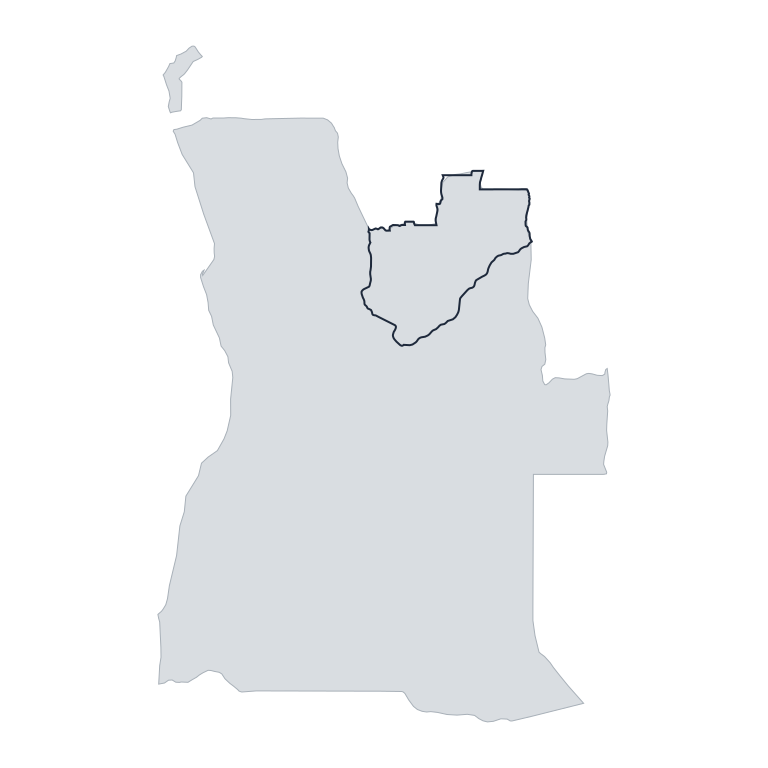 Angola, with Lunda Norte highlighted
{"feature_id": "AGO-1874", "entity_name": "Lunda Norte", "entity_type": "Province", "adm_level": 1, "iso_a3": "AGO", "parent_name": "Angola", "parent_adm1": "", "projection": "equal_earth", "projection_center": [19.689, -8.666], "detail": "fine", "context": "in_parent", "style": "outline", "palette": "slate", "viewbox_px": 768, "rotation_deg": 0, "n_neighbors": 0, "source": "natural_earth", "source_scale": "10m", "svg_char_len": 8052}
<svg xmlns="http://www.w3.org/2000/svg" viewBox="0 0 768 768"><path d="M607.2,368.5L608.0,375.1L608.8,384.1L609.3,390.6L609.9,393.6L610.1,395.1L609.4,396.8L608.9,400.7L607.8,404.2L607.2,406.6L607.7,411.0L606.8,424.1L606.6,430.5L607.9,442.1L607.7,445.7L604.6,456.3L603.8,461.6L603.6,464.4L606.7,472.2L606.5,473.8L604.1,474.3L602.1,474.4L533.4,474.4L532.9,609.1L532.9,620.5L535.0,635.6L539.0,652.1L540.6,653.6L544.6,656.6L550.2,662.8L553.4,667.5L559.8,675.6L568.2,685.9L583.6,703.3L531.8,716.3L511.9,721.0L510.2,720.9L507.2,719.1L500.9,718.8L493.4,721.3L487.4,721.9L483.0,720.8L478.8,718.6L474.6,715.4L467.3,714.3L457.0,715.1L447.1,714.5L437.5,712.4L430.7,711.6L426.6,712.0L422.1,711.3L417.4,709.5L413.5,706.4L408.7,699.9L405.0,693.6L404.1,692.7L402.9,691.8L401.7,691.5L381.2,691.2L256.3,690.9L241.8,692.0L240.7,691.7L238.9,691.0L237.7,689.6L233.5,686.1L229.9,683.4L225.0,678.8L221.8,673.9L219.2,672.3L214.5,671.4L211.0,670.5L208.1,670.3L203.1,672.7L199.3,675.0L196.6,677.2L192.0,679.8L188.0,682.3L181.1,682.0L179.6,682.4L175.8,682.2L172.2,680.0L168.5,680.2L164.5,683.0L158.7,684.1L159.7,665.6L161.0,657.4L160.9,647.5L159.7,622.0L158.7,618.5L157.9,614.4L161.5,611.3L163.3,608.9L165.8,604.7L167.5,598.7L169.4,585.6L176.6,555.5L179.9,525.9L184.3,511.8L185.9,496.1L198.5,475.7L201.5,463.2L208.1,457.1L217.4,450.6L224.0,438.9L227.2,430.8L230.7,415.4L230.6,399.2L232.8,377.6L232.2,371.4L228.6,362.8L227.9,356.7L224.7,350.6L221.1,346.1L219.4,337.9L213.3,325.0L211.6,316.4L208.7,310.3L208.1,302.6L206.6,294.6L203.5,286.6L200.6,277.5L200.6,274.7L202.4,271.3L204.1,270.1L203.5,271.9L202.4,273.9L202.7,275.5L213.9,259.5L214.6,256.4L214.2,252.9L214.1,248.6L214.5,243.6L203.7,214.1L195.0,186.7L193.5,172.8L182.2,154.5L177.7,142.7L175.1,134.3L173.2,131.2L173.9,129.6L176.8,129.2L183.2,127.2L192.0,125.1L200.2,120.3L202.3,118.2L206.7,117.7L211.1,119.0L212.7,118.1L213.6,118.0L224.0,118.0L228.3,117.7L236.2,117.8L241.3,118.2L244.2,118.7L251.9,119.5L261.6,119.4L265.0,118.9L277.6,118.6L301.4,118.1L313.8,118.2L323.3,118.2L327.6,119.9L331.5,123.2L333.3,126.2L334.2,127.5L335.4,130.7L337.5,133.2L338.3,137.0L337.7,142.3L338.0,148.6L339.3,155.9L341.9,163.7L345.9,171.8L347.6,178.2L347.1,182.9L348.3,188.0L351.3,193.2L353.4,196.0L354.7,198.2L358.1,206.3L368.9,228.9L370.5,230.1L372.9,229.7L377.9,228.7L382.9,228.5L386.5,230.5L387.9,230.2L393.3,226.3L398.6,225.1L404.2,223.6L407.1,221.9L410.4,221.9L419.5,225.0L421.2,225.2L428.6,225.2L436.0,223.5L437.1,210.4L437.1,207.9L438.9,203.0L441.1,198.7L441.4,194.6L441.3,189.1L442.9,182.3L447.8,176.9L455.8,174.4L460.4,173.9L467.6,172.4L478.4,170.8L482.4,171.0L482.8,171.8L480.5,181.2L480.4,184.2L481.2,187.3L483.1,189.0L504.7,189.3L525.6,190.4L526.7,190.8L527.6,191.5L529.0,196.1L528.6,205.2L526.6,218.4L527.4,230.7L530.9,242.2L531.2,259.8L528.3,283.6L527.7,298.6L529.3,304.8L532.7,311.4L537.9,318.2L541.9,327.1L544.7,338.0L545.7,344.9L544.9,347.7L545.0,352.6L545.8,359.5L544.8,364.2L542.0,366.4L541.0,369.6L542.4,375.6L542.8,381.0L544.7,384.6L546.1,384.8L548.9,382.9L552.4,379.2L555.2,377.7L559.1,377.9L564.6,378.9L574.2,379.3L577.2,378.7L586.3,373.8L588.6,373.4L592.2,373.9L597.2,375.3L602.3,375.6L604.8,374.1L605.0,372.1L605.8,369.5L607.2,368.5ZM202.3,56.4L201.7,57.2L197.6,59.5L193.2,61.5L187.5,70.0L184.6,73.7L183.7,74.6L181.1,76.6L179.2,78.3L179.3,79.3L180.6,80.4L181.9,82.2L181.8,96.1L181.3,109.7L180.6,110.8L176.9,111.3L172.0,112.2L170.5,112.8L169.9,111.5L168.3,106.5L169.2,101.8L170.2,98.3L169.0,91.1L166.5,84.7L163.9,76.5L163.1,75.0L165.3,72.4L168.6,66.6L169.9,63.6L173.8,63.0L175.2,60.9L176.2,57.6L176.6,55.6L181.0,54.0L186.2,51.2L189.1,48.1L192.0,46.2L193.9,46.1L195.1,46.9L198.5,52.2L201.4,55.6L202.3,56.4Z" fill="#d9dde1" stroke="#a8b0b8" stroke-width="1"/><path d="M483.2,170.8L482.4,173.9L481.3,177.5L480.8,179.5L480.0,182.2L479.8,184.6L479.8,186.9L479.8,189.4L481.6,189.4L484.3,189.4L487.0,189.4L489.7,189.4L492.4,189.4L495.1,189.3L497.8,189.3L500.5,189.3L503.2,189.3L505.9,189.3L508.6,189.3L511.3,189.3L514.0,189.3L516.7,189.3L519.4,189.3L522.1,189.2L524.9,189.2L526.1,189.2L526.9,189.3L527.0,189.7L527.2,189.8L527.5,190.0L527.7,190.4L528.6,192.8L528.8,193.1L529.0,193.6L528.9,194.0L528.7,194.4L528.6,194.6L528.8,195.2L529.1,195.5L529.3,195.9L529.4,196.5L529.4,196.8L529.2,197.3L529.1,197.6L529.2,197.8L529.6,198.3L529.7,198.6L529.6,199.2L529.3,200.2L529.1,200.8L529.1,201.4L529.2,201.8L529.3,202.0L529.4,202.5L529.4,204.4L529.3,204.8L528.7,205.5L528.6,205.8L528.5,206.8L528.4,207.4L528.1,208.4L527.7,210.1L527.2,211.9L526.9,213.0L526.5,214.6L526.3,215.5L526.1,217.7L526.3,218.9L526.3,219.5L526.2,220.1L525.7,221.1L525.5,221.6L525.6,225.0L525.8,225.9L526.2,226.3L527.3,227.2L527.6,227.8L527.7,229.0L527.9,230.0L528.3,230.9L529.2,232.3L529.5,233.0L529.6,233.8L529.7,236.0L530.1,238.3L530.4,239.2L531.4,240.7L531.8,241.6L531.5,241.8L531.4,241.7L529.3,243.4L528.7,244.4L528.0,245.5L527.1,246.3L524.1,247.0L521.9,248.1L520.7,248.9L519.9,249.8L519.6,250.2L519.4,250.6L518.8,251.4L518.1,252.2L513.3,253.8L510.8,253.8L508.9,253.3L507.2,253.1L505.1,253.7L504.3,253.7L503.3,253.9L501.3,255.0L500.3,255.3L498.7,255.6L498.0,255.9L496.9,256.6L495.4,258.0L494.3,259.9L491.5,262.4L489.7,265.4L488.5,268.1L488.1,269.3L487.6,271.8L487.1,273.1L486.2,274.4L484.6,275.5L482.1,276.7L476.3,280.1L475.8,280.7L475.4,281.7L475.0,282.7L474.5,285.0L474.1,286.1L473.4,287.0L472.3,287.7L470.2,288.2L469.0,288.7L467.4,290.1L461.7,296.4L460.9,297.4L460.5,297.9L460.1,298.6L459.9,300.0L458.9,309.8L458.6,311.1L458.2,312.4L457.0,314.8L455.4,317.2L452.9,319.3L447.7,321.0L446.4,322.4L445.5,323.2L444.4,324.0L440.9,324.7L439.5,325.7L438.0,327.4L436.1,329.1L433.5,330.2L432.6,330.7L431.5,331.8L429.6,334.0L428.7,334.8L427.7,335.5L425.1,336.7L421.4,337.3L420.5,337.6L419.5,338.1L418.3,339.1L416.7,341.4L415.7,342.4L412.5,344.5L409.8,345.2L403.1,344.8L403.7,345.1L402.7,345.5L402.0,345.8L401.0,345.5L400.1,345.0L396.4,341.6L394.5,339.4L393.7,338.2L393.2,336.9L392.9,335.7L393.0,334.5L393.6,332.4L394.0,331.4L394.6,330.7L395.6,328.6L395.9,327.4L395.9,326.4L395.4,325.6L395.0,325.2L379.1,317.2L375.7,315.4L374.6,315.3L373.2,315.0L372.5,314.3L372.2,313.3L372.0,312.2L371.1,310.1L370.3,309.6L368.8,308.9L368.1,308.7L367.7,308.3L367.2,307.7L366.9,306.8L366.3,306.0L365.0,304.9L364.5,304.0L364.4,301.8L364.3,300.9L364.1,300.3L363.6,299.0L362.9,297.7L361.7,294.1L361.5,292.8L361.6,291.5L362.3,290.5L363.1,289.7L364.0,289.1L368.4,287.0L369.1,286.6L369.6,285.6L370.1,283.3L370.8,280.6L370.9,278.9L370.2,274.2L370.2,272.8L370.2,271.8L370.5,270.4L371.0,266.6L371.1,257.9L370.8,255.0L370.3,253.5L369.6,252.1L369.0,250.7L368.7,248.8L368.6,247.4L368.8,246.1L369.2,244.9L369.7,244.0L369.9,243.4L370.4,242.6L370.1,242.0L369.7,240.8L369.5,239.5L369.6,233.2L368.7,232.3L368.4,231.8L368.6,231.2L368.8,230.6L368.9,230.1L368.9,229.5L368.9,228.9L369.2,229.4L371.3,230.1L372.3,230.0L375.5,228.5L376.6,228.7L377.9,229.3L378.3,229.2L380.6,227.5L381.2,227.4L382.5,227.5L383.6,228.2L385.5,230.4L386.5,230.7L389.8,230.6L389.6,229.3L389.6,227.9L389.9,226.8L390.6,226.3L391.2,226.1L392.7,225.1L393.3,225.0L396.1,225.1L397.9,225.2L399.3,225.9L399.8,226.0L400.3,225.7L401.2,225.2L401.8,225.0L404.1,225.0L404.3,225.0L405.0,225.0L404.8,223.1L404.9,222.2L405.3,221.7L408.0,221.7L410.9,221.7L413.6,221.7L413.9,222.0L414.1,223.4L414.3,224.0L414.9,225.2L416.5,225.2L421.3,225.2L426.0,225.2L430.8,225.2L435.5,225.2L436.5,225.2L435.7,221.3L435.6,220.1L435.7,218.5L436.3,216.2L436.6,214.7L437.3,211.6L437.5,210.3L437.5,209.1L437.2,207.8L436.7,206.5L436.4,205.1L436.5,203.8L439.1,204.1L439.8,203.9L440.3,203.1L440.7,201.2L441.2,200.3L441.3,200.2L442.4,199.1L442.4,197.5L441.4,194.2L441.1,192.5L441.0,190.9L441.4,182.8L441.8,181.2L442.2,180.2L443.2,178.5L443.5,177.7L443.4,177.1L442.7,175.2L444.6,175.2L446.2,175.2L447.8,175.2L449.3,175.2L450.9,175.2L452.4,175.2L454.0,175.2L455.6,175.2L457.1,175.2L458.7,175.2L459.1,175.2L460.3,175.2L461.8,175.2L463.4,175.2L465.0,175.2L466.5,175.2L468.1,175.2L469.6,175.2L471.4,175.2L471.4,174.4L471.6,172.8L471.8,172.1L472.1,171.3L472.4,171.0L472.8,170.9L474.8,170.9L477.9,170.9L481.1,170.9L483.2,170.8Z" fill="none" stroke="#1e293b" stroke-width="2"/></svg>